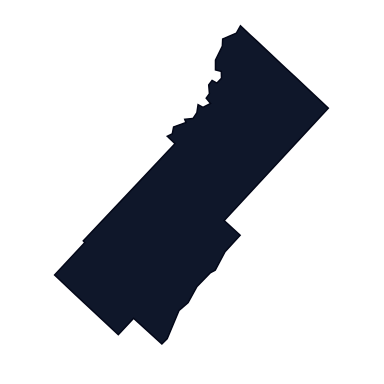 Webster, Louisiana, United States of America, rotated 43°
{"feature_id": "52423323B93386698636065", "entity_name": "Webster", "entity_type": "district", "adm_level": 2, "iso_a3": "USA", "parent_name": "United States of America", "parent_adm1": "Louisiana", "projection": "robinson", "projection_center": [-93.395, 32.714], "detail": "fine", "context": "isolated", "style": "filled", "palette": "ink", "viewbox_px": 384, "rotation_deg": 43, "n_neighbors": 0, "source": "geoboundaries", "source_scale": "gbopen_adm2", "svg_char_len": 785}
<svg xmlns="http://www.w3.org/2000/svg" viewBox="0 0 384 384"><g transform="rotate(43 192 192)"><path d="M114.1,37.4L116.1,45.6L110.1,59.2L114.7,64.6L119.2,79.5L125.9,86.7L131.2,83.8L136.0,88.7L135.9,95.4L130.6,96.7L131.2,102.3L137.7,108.2L138.4,113.7L145.2,114.6L142.3,122.6L136.9,124.0L141.5,130.7L142.6,137.5L137.1,143.8L140.2,145.3L134.2,157.0L137.9,162.9L135.9,168.1L146.6,168.2L146.3,227.7L145.8,301.9L148.1,302.0L148.1,337.7L148.1,346.4L177.3,346.6L235.4,346.6L235.4,324.2L273.6,323.7L273.9,316.2L263.3,287.5L264.6,275.6L260.1,257.8L260.5,238.6L262.3,233.3L256.9,213.2L256.7,190.8L235.0,191.0L234.5,37.7L204.8,37.6L204.7,37.6L191.1,37.5L175.4,37.6L137.1,37.4L127.5,37.5L127.1,37.5L126.9,37.5L114.1,37.4L114.1,37.4Z" fill="#0f172a" stroke="#020617" stroke-width="1.5"/></g></svg>